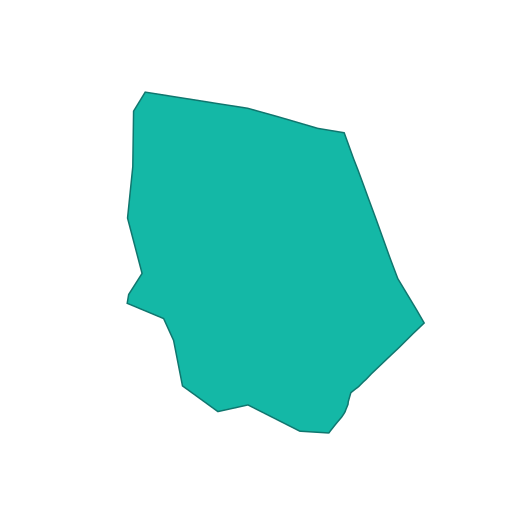 outline of Um Dafoug, Southern Darfur, Sudan, rotated 251°
{"feature_id": "16777658B44845642747034", "entity_name": "Um Dafoug", "entity_type": "district", "adm_level": 2, "iso_a3": "SDN", "parent_name": "Sudan", "parent_adm1": "Southern Darfur", "projection": "equal_earth", "projection_center": [23.612, 10.562], "detail": "fine", "context": "isolated", "style": "filled", "palette": "teal", "viewbox_px": 512, "rotation_deg": 251, "n_neighbors": 0, "source": "geoboundaries", "source_scale": "gbopen_adm2", "svg_char_len": 825}
<svg xmlns="http://www.w3.org/2000/svg" viewBox="0 0 512 512"><g transform="rotate(251 256 256)"><path d="M413.3,268.0L434.3,228.5L447.0,204.6L432.8,187.4L380.6,168.6L333.7,146.9L276.6,142.6L261.1,123.1L253.2,118.8L226.9,148.3L203.0,150.6L157.1,144.2L121.3,169.3L117.8,199.9L76.1,240.4L65.3,266.4L65.0,267.3L66.3,269.2L69.9,274.8L72.4,278.8L75.7,284.4L77.7,287.1L79.7,289.5L81.7,291.1L83.5,292.7L85.8,294.7L88.2,295.8L95.8,301.1L96.1,301.8L98.1,307.4L98.6,309.2L99.4,311.2L100.1,312.5L102.2,316.8L103.4,319.7L107.1,326.8L116.0,346.2L123.1,361.9L131.1,378.4L131.3,378.8L137.9,393.2L153.3,390.2L188.4,382.7L208.3,382.1L213.2,382.0L251.7,381.5L274.9,381.0L286.7,380.8L304.2,380.4L316.3,379.9L343.8,379.5L356.6,355.9L379.7,323.3L398.4,296.2L410.6,273.1L413.3,268.0Z" fill="#14b8a6" stroke="#0f766e" stroke-width="1.5"/></g></svg>